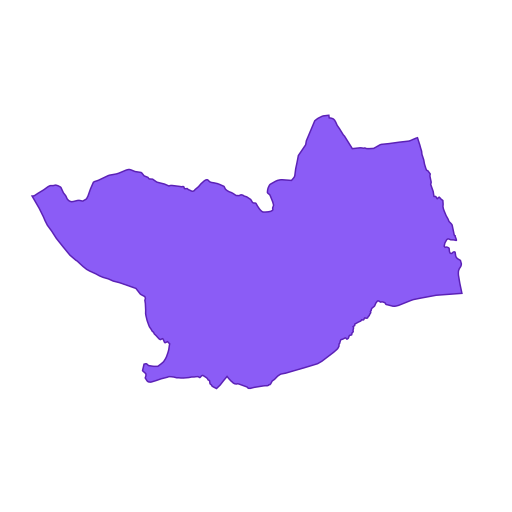 the district of Bang Pahan, Phra Nakhon Si Ayutthaya, Thailand, rotated 253°
{"feature_id": "78962969B12192393501307", "entity_name": "Bang Pahan", "entity_type": "district", "adm_level": 2, "iso_a3": "THA", "parent_name": "Thailand", "parent_adm1": "Phra Nakhon Si Ayutthaya", "projection": "robinson", "projection_center": [100.543, 14.478], "detail": "fine", "context": "isolated", "style": "filled", "palette": "violet", "viewbox_px": 512, "rotation_deg": 253, "n_neighbors": 0, "source": "geoboundaries", "source_scale": "gbopen_adm2", "svg_char_len": 6121}
<svg xmlns="http://www.w3.org/2000/svg" viewBox="0 0 512 512"><g transform="rotate(253 256 256)"><path d="M160.1,442.0L170.1,442.9L178.6,444.0L180.5,444.5L182.6,445.3L184.4,446.7L186.2,448.8L187.5,449.7L188.5,450.1L192.0,450.2L194.7,447.8L195.8,447.3L196.8,447.0L198.0,447.0L201.1,447.5L201.6,447.4L201.9,447.1L202.1,446.1L201.9,445.3L201.3,444.2L201.3,443.5L201.5,443.0L201.9,442.6L202.5,442.4L203.7,442.3L206.7,442.9L207.1,442.8L207.5,442.6L208.4,441.6L208.9,440.7L209.0,439.4L210.3,438.8L213.0,440.3L213.6,440.8L215.8,443.1L216.1,443.8L216.2,444.7L216.0,445.2L214.6,446.9L213.7,449.5L213.1,450.7L212.4,451.9L212.4,452.2L212.6,452.3L213.1,452.4L216.5,452.2L217.1,452.4L217.6,451.9L218.1,451.7L228.1,452.6L228.8,452.5L229.8,452.1L232.5,450.7L235.4,450.4L239.0,449.6L244.2,449.1L246.1,449.0L248.5,449.2L250.9,450.1L254.4,450.9L255.1,450.5L256.1,449.6L256.9,449.4L258.7,448.4L258.7,448.1L257.8,446.1L258.0,445.9L260.0,445.4L260.3,445.2L260.6,444.8L260.8,443.7L261.0,443.6L265.9,444.3L273.5,444.0L274.7,444.8L275.4,445.1L281.8,445.7L283.5,446.6L287.2,445.3L288.2,444.2L290.1,444.0L294.6,444.0L298.9,444.5L304.7,444.4L307.8,445.0L311.2,445.0L314.1,445.1L321.9,445.0L321.9,443.4L321.2,436.8L321.2,435.8L323.0,426.1L324.6,416.1L326.1,408.5L326.1,407.2L324.5,400.0L325.7,395.2L326.3,393.4L326.6,392.8L327.5,391.7L327.6,390.4L328.5,388.6L329.0,387.3L330.5,379.5L344.7,375.7L346.3,374.9L353.5,373.0L357.2,371.8L360.6,371.4L362.8,370.9L364.0,370.3L364.8,369.7L365.9,368.1L366.7,366.4L369.3,366.8L370.3,361.3L370.3,360.1L369.6,355.8L369.0,353.9L368.1,351.7L351.4,337.8L348.0,336.1L347.5,335.6L339.7,325.9L333.3,322.5L327.7,319.4L321.5,316.6L320.3,315.7L319.3,314.3L317.9,312.0L321.4,303.0L321.8,301.2L322.0,298.9L321.8,296.8L320.6,291.3L320.3,290.3L319.8,289.6L318.7,288.5L317.4,287.4L315.9,286.5L313.6,285.5L312.8,285.6L310.6,287.0L309.9,287.2L302.9,287.8L299.7,287.7L299.3,287.6L297.0,285.9L295.7,285.8L295.2,285.5L294.9,285.2L294.7,284.5L294.4,283.2L294.7,280.5L295.4,277.4L296.0,275.6L296.3,275.2L297.1,274.5L298.5,273.7L300.1,273.0L303.4,272.0L306.2,271.4L306.5,271.2L306.9,270.7L307.4,269.2L307.9,268.6L308.6,268.2L310.8,267.7L311.7,267.4L315.3,264.4L316.8,262.2L318.0,261.2L318.7,260.1L318.9,259.3L318.7,257.4L319.7,254.6L322.1,252.7L323.7,251.2L325.3,249.1L327.0,247.5L328.0,246.8L329.2,246.2L331.4,245.9L332.1,245.6L335.2,242.0L336.5,240.3L338.3,237.1L339.3,235.0L340.1,233.9L340.7,233.3L342.6,232.3L343.1,231.8L343.3,231.4L343.4,230.2L343.0,228.5L341.2,224.6L339.1,221.3L337.3,217.1L336.6,216.1L336.4,215.3L336.5,214.0L336.9,213.4L338.6,211.6L339.2,210.8L340.6,209.9L341.1,207.8L341.3,207.4L341.5,207.3L343.2,207.2L343.6,206.9L343.8,206.4L344.1,204.7L344.7,203.7L348.1,196.1L348.5,194.5L348.4,193.6L348.4,193.2L351.5,189.6L355.5,183.0L356.0,182.5L359.7,179.6L360.9,176.5L361.1,176.3L362.8,175.6L365.3,172.5L365.9,172.2L368.7,171.1L369.5,170.5L372.1,165.1L375.0,161.5L375.9,159.9L376.1,158.1L376.1,156.8L375.3,148.8L375.3,146.4L376.1,139.8L376.1,138.2L374.5,127.6L374.4,125.5L374.4,123.6L374.2,122.5L374.0,122.0L368.5,117.3L362.4,112.8L360.4,110.8L360.0,110.1L359.2,106.6L359.3,106.0L360.6,103.8L361.0,102.9L361.3,101.5L361.5,97.5L361.7,96.1L361.9,95.3L362.8,94.0L363.9,93.0L365.8,92.1L368.3,91.8L369.4,91.6L372.7,90.3L378.5,89.5L379.1,89.2L380.9,87.4L381.9,86.0L382.4,85.1L382.5,84.2L382.6,82.6L383.4,80.1L383.4,79.0L383.0,77.1L381.3,72.2L379.7,65.8L378.5,61.8L378.5,60.7L378.8,59.4L365.1,62.6L355.4,64.2L351.4,64.6L346.3,65.5L339.5,67.9L331.3,70.2L320.9,74.3L311.2,78.3L304.6,82.5L303.5,83.5L296.6,87.5L292.8,90.1L290.1,92.7L285.7,97.7L282.7,100.6L280.3,103.5L277.3,108.1L273.8,112.1L270.4,117.7L260.1,131.7L253.5,134.2L252.6,134.9L249.9,137.6L249.2,137.9L247.6,137.8L246.2,136.8L242.9,136.3L236.6,134.7L233.2,133.6L231.0,133.3L226.2,133.0L221.6,133.2L219.4,133.4L216.5,134.3L214.3,134.8L212.9,135.8L211.4,135.9L209.1,137.2L206.9,138.2L204.9,139.2L204.0,140.1L204.3,142.2L204.2,142.6L202.8,143.0L200.5,143.2L199.7,143.6L199.6,143.8L200.0,146.3L197.2,147.8L196.2,147.2L191.8,145.1L189.3,143.5L185.9,141.0L184.2,139.4L181.9,136.7L180.7,134.0L179.2,129.9L180.3,126.2L180.8,125.0L182.6,121.3L183.3,120.8L184.8,119.9L185.0,119.6L185.2,119.0L185.3,117.3L179.6,114.0L179.2,114.1L175.9,116.1L175.4,116.2L174.1,115.9L173.3,115.5L171.8,114.4L168.5,115.3L167.6,115.8L166.9,116.6L166.2,118.3L166.1,119.1L166.1,124.3L166.3,129.4L166.0,135.8L166.1,137.5L165.4,139.5L164.3,142.0L162.7,144.6L162.2,146.4L161.3,148.5L160.6,150.7L159.4,156.2L159.1,159.2L158.3,161.9L158.2,163.1L157.9,164.2L157.7,165.1L157.3,165.7L156.4,166.4L156.2,166.7L156.3,167.2L157.0,168.3L157.4,169.1L157.4,170.2L157.0,170.6L154.2,173.0L153.0,173.7L151.5,174.0L150.8,174.8L150.4,175.1L147.3,174.7L146.9,174.9L145.9,175.6L144.3,176.0L143.0,177.2L140.8,179.5L143.1,184.0L146.2,188.4L149.3,193.1L146.1,194.4L142.9,196.0L142.5,196.5L141.5,196.9L140.9,197.4L140.1,198.2L139.3,199.8L139.2,201.2L138.6,202.2L133.4,209.1L132.0,209.8L131.7,210.1L131.1,211.8L130.9,215.9L129.5,225.9L128.6,229.2L128.7,230.0L129.1,230.6L129.1,231.2L128.9,231.6L129.5,232.7L131.4,234.6L131.8,235.1L132.6,237.6L134.8,241.6L135.7,244.5L135.8,245.6L135.3,250.0L135.0,273.5L135.0,283.4L136.1,288.2L141.4,302.5L143.2,306.4L143.6,307.1L145.4,308.9L147.6,309.7L147.9,310.4L149.2,311.2L150.4,312.0L151.1,312.7L151.2,313.1L151.1,314.5L151.6,317.4L151.1,318.0L150.0,318.5L149.9,319.1L150.4,320.3L152.5,321.9L152.7,322.4L152.6,324.2L152.7,324.5L154.2,325.2L155.0,326.6L155.4,326.9L156.7,327.1L158.7,328.3L160.1,328.2L160.6,330.0L162.0,330.6L162.9,334.7L163.2,337.2L164.1,338.3L164.1,338.7L163.6,339.4L163.5,340.1L163.7,340.6L164.7,341.3L165.0,341.8L165.0,342.1L164.4,342.9L164.2,343.6L164.1,344.1L164.2,344.6L165.4,345.8L165.8,346.8L166.8,347.5L168.2,349.1L168.5,349.2L169.5,349.2L170.2,350.2L171.2,350.7L171.8,351.2L172.2,351.7L173.1,353.9L173.4,354.6L174.2,355.4L175.7,356.6L177.2,358.6L177.4,359.1L177.4,359.6L177.2,360.1L175.5,361.6L175.3,363.3L174.5,364.5L173.6,365.6L173.0,365.8L172.0,366.0L171.5,366.4L170.9,367.5L168.0,372.2L167.4,373.9L167.2,375.4L167.1,378.0L168.2,390.9L168.3,393.1L168.3,393.9L167.6,401.0L165.8,416.8L160.1,442.0Z" fill="#8b5cf6" stroke="#5b21b6" stroke-width="1.5"/></g></svg>